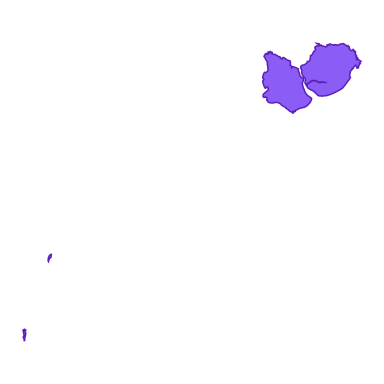 outline of Yangon (South), Yangon, Myanmar
{"feature_id": "60261553B83294236469928", "entity_name": "Yangon (South)", "entity_type": "district", "adm_level": 2, "iso_a3": "MMR", "parent_name": "Myanmar", "parent_adm1": "Yangon", "projection": "mercator", "projection_center": [96.21, 15.522], "detail": "fine", "context": "isolated", "style": "filled", "palette": "violet", "viewbox_px": 384, "rotation_deg": 0, "n_neighbors": 0, "source": "geoboundaries", "source_scale": "gbopen_adm2", "svg_char_len": 5599}
<svg xmlns="http://www.w3.org/2000/svg" viewBox="0 0 384 384"><path d="M316.6,43.4L316.9,43.7L318.3,44.1L318.6,44.3L318.8,45.0L318.7,45.5L318.1,45.9L316.5,45.9L316.1,46.4L315.3,46.9L315.0,47.2L314.8,47.8L315.4,49.2L315.5,49.7L315.4,50.2L315.2,50.4L314.2,51.1L313.4,51.9L313.0,52.7L313.1,53.2L312.6,54.1L311.8,54.9L310.5,55.6L310.4,55.9L310.4,56.6L310.2,58.7L309.8,60.4L309.2,61.1L308.9,61.3L308.0,61.5L307.3,61.4L307.2,62.1L306.8,63.0L304.7,64.6L302.1,65.3L301.4,65.6L300.8,66.4L300.8,68.3L301.6,69.7L301.9,71.1L301.7,72.7L302.3,75.0L302.8,75.9L305.2,78.4L305.5,79.6L305.4,80.7L304.9,82.3L305.0,83.0L306.5,85.7L306.8,85.2L306.7,84.4L307.2,83.6L307.7,83.3L308.2,83.3L308.9,83.0L309.4,82.4L310.2,81.9L310.3,81.7L310.9,81.1L311.1,80.8L311.9,80.4L312.8,80.6L315.5,80.4L316.0,80.6L316.8,81.5L317.7,81.5L319.2,82.4L319.5,82.4L320.4,81.7L320.8,81.9L321.0,82.4L321.9,82.4L322.3,82.2L322.7,81.7L322.9,81.7L323.3,82.0L323.7,81.9L324.0,81.9L324.9,82.4L325.3,82.5L325.0,82.6L324.6,82.6L324.2,82.2L323.4,82.1L322.8,81.9L322.3,82.4L321.7,82.6L321.1,82.6L320.8,82.5L320.6,81.9L320.4,81.9L319.7,82.6L319.3,82.6L319.1,82.6L317.6,81.7L316.9,81.7L316.5,81.6L315.5,80.7L314.4,80.7L313.3,81.0L311.8,80.8L311.1,81.2L310.8,81.5L310.7,82.1L310.4,82.4L309.6,82.4L308.9,83.3L307.2,84.0L307.1,84.5L307.2,86.2L307.5,87.6L307.7,87.9L309.0,88.6L310.1,89.5L312.8,90.7L313.0,91.0L313.8,91.3L316.3,93.8L317.0,94.2L317.8,95.4L319.0,95.9L320.8,95.8L321.5,96.2L323.7,95.9L326.9,95.6L329.6,94.7L333.4,93.2L335.2,92.3L339.5,90.1L342.1,88.5L343.1,87.6L348.7,80.2L350.0,78.4L350.5,77.2L349.8,76.4L349.5,75.6L350.1,73.3L350.3,72.0L350.6,71.2L351.5,70.1L351.8,69.9L351.9,69.5L352.3,69.2L352.3,68.5L352.9,68.5L353.1,68.4L353.1,68.1L353.4,67.8L354.6,66.2L354.9,66.2L355.4,65.4L355.6,65.8L356.2,65.8L357.2,66.5L356.7,67.9L357.0,68.1L358.1,68.0L358.5,67.5L358.9,65.3L360.2,63.6L359.6,63.4L360.4,61.8L361.0,61.4L359.1,60.0L357.9,59.6L358.1,59.1L357.6,58.6L357.7,58.3L357.6,58.1L357.2,59.0L356.9,59.2L357.1,58.5L357.0,58.3L356.6,58.4L356.6,58.2L356.8,58.0L356.7,57.8L356.9,57.4L356.7,57.3L356.3,57.4L356.4,56.8L356.0,56.1L356.3,55.9L356.1,55.8L355.8,55.9L355.7,55.8L356.0,55.5L355.9,55.2L356.0,54.6L355.7,54.2L355.2,53.7L355.3,52.5L355.6,51.8L355.4,51.6L355.1,51.4L354.8,52.1L354.5,51.6L354.0,51.2L354.2,50.8L353.9,50.7L353.8,50.2L353.4,50.3L353.1,49.4L352.9,49.4L352.3,50.0L351.3,50.5L350.4,50.3L349.8,49.5L349.8,48.9L349.2,48.4L349.5,48.1L349.3,47.7L349.3,46.9L348.8,46.6L348.2,45.7L347.8,46.1L346.8,46.2L346.8,45.8L346.4,45.7L346.0,45.2L344.1,44.2L343.7,43.6L341.7,43.8L340.0,44.2L339.2,44.7L338.7,44.7L337.6,45.2L337.2,45.0L336.6,44.8L336.1,44.9L335.7,44.7L335.2,44.6L334.6,44.7L334.4,45.1L332.0,44.6L331.8,44.7L329.9,43.9L329.2,44.3L329.4,44.8L329.4,45.0L329.2,45.0L329.0,44.8L328.6,44.6L328.4,44.7L328.4,44.9L328.0,45.0L327.6,45.3L327.4,44.9L327.1,44.9L327.2,45.4L327.1,45.8L326.7,46.1L326.7,46.5L326.1,46.9L323.3,46.1L322.5,46.1L322.0,45.6L321.2,45.5L320.9,44.9L319.8,45.5L319.2,45.3L319.2,44.2L319.1,43.7L318.5,43.7L316.6,43.4ZM263.7,93.8L263.3,94.3L263.1,95.0L263.0,96.3L263.2,96.8L263.6,97.2L263.9,97.4L264.4,97.4L265.1,97.0L265.4,97.3L266.1,97.2L266.9,97.7L267.1,98.3L267.0,99.0L266.7,99.4L266.6,99.9L267.2,100.8L267.7,101.1L267.9,101.5L268.0,102.0L268.9,102.5L270.0,102.8L271.3,103.0L273.1,103.0L275.6,102.4L277.7,102.5L278.8,103.0L279.3,103.3L280.1,103.6L280.8,104.2L281.5,105.2L283.7,106.5L285.4,107.3L285.9,107.7L285.9,108.3L287.3,109.0L289.6,111.1L290.7,111.8L291.2,111.9L292.6,111.7L294.9,110.7L295.9,110.1L296.7,109.9L299.8,108.3L302.2,107.8L304.1,107.3L305.8,106.6L307.7,105.3L308.7,103.9L309.6,103.4L310.0,102.6L310.1,102.1L310.7,101.7L310.7,101.2L311.2,100.4L311.4,99.9L311.3,99.5L311.6,98.9L311.6,98.2L311.2,97.9L307.3,95.3L305.5,92.8L304.9,91.7L304.1,89.3L303.5,88.1L302.9,86.2L302.4,84.2L302.3,83.4L302.7,82.0L303.5,80.5L303.5,79.4L303.4,78.5L303.1,78.2L301.8,77.7L301.2,77.2L300.2,76.2L299.9,75.6L299.4,73.3L298.3,70.0L298.2,69.5L298.4,68.9L296.2,67.8L293.1,66.7L292.7,66.7L291.5,68.0L291.4,67.9L291.7,67.4L292.4,66.7L291.4,66.2L291.1,65.9L290.8,65.4L290.1,65.3L290.5,63.4L290.2,61.0L289.4,60.6L288.4,60.4L286.7,59.8L286.0,59.1L284.2,57.7L283.3,57.5L282.8,57.6L282.3,58.9L282.1,59.0L281.8,58.9L281.4,58.6L280.3,58.0L280.6,57.6L280.5,57.4L280.3,57.2L279.5,56.6L279.3,56.6L277.8,56.3L277.3,55.5L276.3,55.3L275.1,54.4L274.6,54.5L274.1,54.5L273.6,54.2L272.7,54.2L272.4,53.8L271.8,53.8L271.5,53.5L272.1,52.9L272.2,52.4L270.6,52.1L270.4,51.5L269.9,51.5L269.3,52.1L269.0,51.9L268.2,51.9L268.2,52.2L268.4,53.1L268.6,53.0L268.7,52.8L268.9,52.6L269.3,52.8L269.3,53.0L268.9,53.5L268.3,53.8L267.7,53.7L267.2,53.4L266.7,53.4L266.9,53.9L266.7,53.8L266.6,54.2L266.4,54.1L265.5,53.9L265.3,54.0L265.3,54.3L264.4,55.4L264.0,56.5L264.8,57.4L265.2,58.2L265.3,58.7L266.8,61.1L267.6,62.9L267.3,63.3L267.3,64.4L267.6,65.5L267.8,68.0L268.2,69.0L268.0,69.5L267.5,71.1L267.1,71.7L266.3,72.3L265.4,72.5L264.6,72.3L263.7,73.6L262.9,76.3L262.7,78.0L263.4,78.6L263.9,79.4L262.9,80.6L262.8,82.3L263.3,83.1L263.4,84.3L264.3,86.8L265.3,88.3L265.8,88.1L266.3,87.1L266.9,86.9L267.8,87.0L268.1,88.1L267.9,88.3L268.4,89.1L268.4,89.5L268.2,90.0L263.7,93.8ZM24.7,340.5L24.7,338.1L25.4,335.9L25.8,332.8L25.1,331.6L24.8,330.9L25.8,330.2L24.5,329.2L23.0,330.1L24.1,335.3L23.4,336.7L23.2,337.7L23.9,338.2L24.2,340.6L24.7,340.5ZM48.6,260.6L49.8,258.2L50.9,257.6L51.2,255.6L51.5,254.8L51.2,254.3L49.5,255.3L48.4,257.6L48.1,260.4L48.2,261.2L48.5,261.6L48.6,260.6ZM293.0,113.1L293.5,112.9L293.8,112.0L295.4,111.3L295.5,111.1L295.4,111.0L295.1,111.0L294.2,111.3L292.3,112.3L292.4,112.8L292.6,113.1L293.0,113.1Z" fill="#8b5cf6" stroke="#5b21b6" stroke-width="1.5"/></svg>